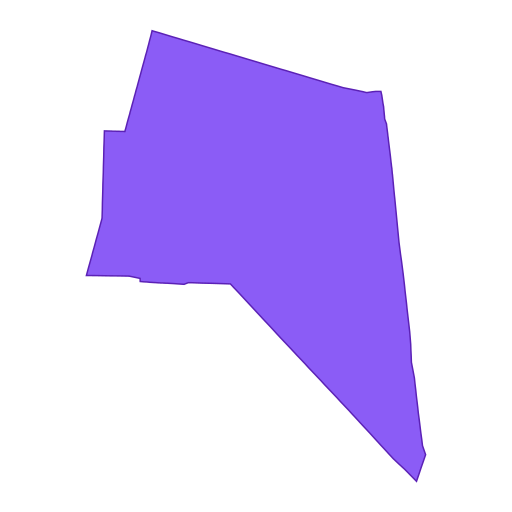 Texcalyacac, México, Mexico (orthographic projection)
{"feature_id": "50627088B38447053181428", "entity_name": "Texcalyacac", "entity_type": "district", "adm_level": 2, "iso_a3": "MEX", "parent_name": "Mexico", "parent_adm1": "México", "projection": "orthographic", "projection_center": [-99.508, 19.124], "detail": "fine", "context": "isolated", "style": "filled", "palette": "violet", "viewbox_px": 512, "rotation_deg": 0, "n_neighbors": 0, "source": "geoboundaries", "source_scale": "gbopen_adm2", "svg_char_len": 3638}
<svg xmlns="http://www.w3.org/2000/svg" viewBox="0 0 512 512"><path d="M153.3,31.1L152.1,30.7L150.9,35.7L150.2,38.3L149.7,40.1L148.6,44.5L148.1,46.3L146.7,51.7L146.6,52.1L145.5,55.8L145.0,57.8L143.5,63.3L143.4,63.6L142.0,68.7L141.0,72.4L140.8,73.2L139.6,77.5L139.4,78.3L137.6,84.9L137.1,86.9L136.9,87.5L136.1,90.2L135.0,94.5L134.6,95.7L133.5,100.0L132.2,104.6L132.1,104.9L131.3,108.0L130.1,112.2L129.8,113.6L128.5,118.1L127.2,122.8L126.9,124.0L125.8,128.2L125.1,130.5L124.9,131.5L124.1,131.5L123.3,131.4L122.6,131.4L121.7,131.4L121.4,131.4L120.6,131.4L120.1,131.4L119.4,131.3L118.7,131.3L117.9,131.3L117.2,131.3L116.7,131.3L116.3,131.3L115.8,131.2L115.3,131.2L114.5,131.2L113.5,131.2L113.0,131.2L112.6,131.2L111.6,131.1L104.4,130.9L104.1,141.8L103.9,147.2L103.7,157.1L103.4,166.6L103.3,172.4L103.1,178.3L102.9,184.1L102.8,190.0L102.6,196.6L102.4,203.2L102.3,209.9L102.1,216.5L102.1,217.5L102.0,218.0L102.0,218.5L100.8,222.9L99.2,228.8L97.9,233.6L96.3,239.2L94.9,244.5L93.9,248.2L92.7,252.4L91.9,255.6L90.1,262.0L88.2,268.8L86.4,275.5L86.9,275.5L97.2,275.6L107.7,275.8L118.5,275.9L129.1,276.1L140.1,278.4L140.2,281.5L143.4,281.8L145.1,281.9L145.8,281.9L147.1,282.0L149.1,282.2L149.8,282.3L152.0,282.4L153.0,282.5L155.4,282.6L157.9,282.8L160.3,282.9L160.5,283.0L161.9,283.0L162.8,283.0L164.0,283.1L164.6,283.1L165.7,283.2L167.3,283.2L168.6,283.3L173.9,283.6L178.1,283.9L184.1,284.3L188.2,282.7L189.5,282.7L191.2,282.7L194.3,282.8L196.6,282.9L202.2,283.1L211.5,283.3L217.8,283.5L224.1,283.7L230.4,283.9L234.3,288.1L238.2,292.2L242.1,296.4L246.0,300.6L249.9,304.8L253.7,308.9L257.6,313.1L261.5,317.3L265.4,321.5L269.3,325.6L273.2,329.8L277.0,334.0L280.9,338.2L284.9,342.4L288.9,346.6L292.9,350.9L296.8,355.1L300.8,359.3L304.8,363.5L308.7,367.8L312.7,372.0L316.7,376.2L320.7,380.4L324.6,384.7L328.6,388.9L332.6,393.1L336.6,397.3L340.5,401.6L344.5,405.8L348.5,410.0L352.4,414.3L356.5,418.7L360.6,423.2L364.7,427.6L368.8,432.0L372.9,436.5L376.9,440.9L381.0,445.4L385.1,449.8L389.2,454.3L393.3,458.7L398.9,464.0L404.6,469.2L410.5,475.2L416.5,481.3L418.8,474.6L421.0,468.0L423.3,461.4L425.6,454.7L422.5,445.7L421.7,439.1L420.8,432.6L420.0,426.0L419.2,419.5L418.3,412.9L417.7,407.1L417.0,401.3L416.3,395.5L415.7,389.6L415.0,383.8L414.4,378.0L412.9,370.1L411.4,362.3L411.2,356.3L410.9,350.3L410.7,344.3L410.2,338.0L409.7,331.8L409.0,325.7L408.3,319.7L407.1,309.4L406.5,303.4L405.8,297.4L405.1,291.4L404.5,285.4L403.8,279.4L403.1,273.4L402.3,267.2L401.5,261.0L400.6,254.8L399.8,248.6L399.0,242.4L398.4,236.2L397.8,230.0L397.2,223.8L396.6,217.5L396.0,211.3L395.4,205.1L394.8,198.9L394.4,195.2L393.8,189.1L393.4,184.5L393.3,184.1L393.3,183.2L393.2,182.5L393.1,181.9L393.1,181.3L393.0,180.7L393.0,180.2L392.6,176.2L392.5,174.9L392.3,173.6L392.2,172.6L392.2,172.2L392.1,171.5L392.1,171.1L392.0,170.3L391.9,169.3L391.9,168.8L391.5,166.1L391.3,164.1L391.1,162.8L390.4,156.2L389.8,151.4L388.9,144.1L388.5,140.9L388.2,138.0L387.9,136.0L387.7,133.9L386.7,126.0L386.5,123.9L386.0,122.6L384.7,119.1L384.6,118.2L384.5,116.4L384.3,114.6L384.0,111.3L383.8,109.5L383.7,108.0L383.6,106.7L383.0,103.6L381.8,95.4L380.9,91.4L379.2,91.4L375.9,91.4L372.1,91.8L371.6,91.9L366.8,92.6L365.7,92.4L362.6,91.6L361.5,91.4L355.4,90.1L349.3,88.9L343.2,87.7L337.5,86.0L331.9,84.4L326.2,82.7L320.6,81.0L314.9,79.3L309.2,77.6L303.6,75.9L297.9,74.2L292.2,72.5L286.6,70.8L280.9,69.2L275.3,67.5L269.6,65.8L263.9,64.1L258.3,62.4L252.6,60.7L246.9,59.0L241.3,57.3L235.6,55.6L230.0,53.9L224.3,52.3L218.6,50.6L213.0,48.9L207.3,47.2L201.3,45.4L195.4,43.6L189.4,41.8L183.5,40.1L177.9,38.4L172.4,36.8L166.8,35.1L159.6,32.9L153.3,31.1Z" fill="#8b5cf6" stroke="#5b21b6" stroke-width="1.5"/></svg>